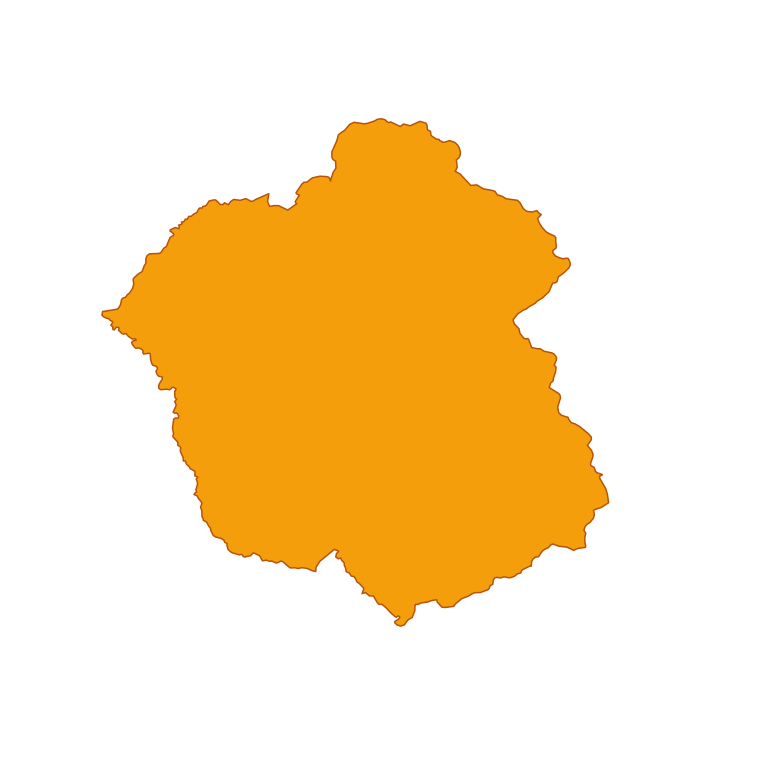 outline of Phuoc Son, Quàng Nam, Vietnam, rotated 323°
{"feature_id": "81297802B80912783182295", "entity_name": "Phuoc Son", "entity_type": "district", "adm_level": 2, "iso_a3": "VNM", "parent_name": "Vietnam", "parent_adm1": "Quàng Nam", "projection": "mercator", "projection_center": [107.809, 15.387], "detail": "fine", "context": "isolated", "style": "filled", "palette": "amber", "viewbox_px": 768, "rotation_deg": 323, "n_neighbors": 0, "source": "geoboundaries", "source_scale": "gbopen_adm2", "svg_char_len": 6171}
<svg xmlns="http://www.w3.org/2000/svg" viewBox="0 0 768 768"><g transform="rotate(323 384 384)"><path d="M611.5,343.3L610.5,340.2L610.4,337.5L606.3,336.0L602.7,332.9L601.6,331.1L600.8,327.8L601.7,321.1L601.2,317.7L593.1,309.6L591.3,305.2L588.3,301.1L588.6,297.0L586.9,294.5L580.7,287.8L578.0,280.9L572.8,277.6L571.1,261.8L568.9,257.1L572.9,255.0L576.7,248.5L579.8,248.5L582.8,246.9L584.7,244.6L586.2,240.6L586.6,237.4L585.9,233.5L582.8,229.0L578.0,227.4L576.2,226.2L576.2,225.0L575.0,223.5L575.1,221.7L573.2,220.0L571.3,214.5L571.3,213.5L573.2,210.2L571.7,207.2L574.1,203.1L574.4,200.8L570.8,195.9L560.3,193.5L555.9,188.0L552.5,188.3L551.8,187.8L547.1,178.8L544.7,177.8L543.8,173.4L541.4,170.5L537.9,168.6L534.6,168.2L527.2,165.7L524.6,164.1L517.6,157.0L512.9,156.0L505.6,157.6L498.6,157.5L497.1,157.9L492.6,161.4L482.1,167.2L478.8,171.6L478.4,174.1L479.4,177.0L475.5,182.7L471.3,184.1L465.2,188.2L463.3,190.1L464.3,187.0L464.2,185.4L462.4,183.3L457.9,179.5L450.8,176.2L444.0,176.4L441.3,174.7L438.8,174.9L428.9,178.3L428.6,179.4L429.9,182.3L423.1,184.8L422.5,185.9L422.7,187.5L411.8,187.2L407.2,178.2L403.8,175.5L399.6,173.4L400.7,168.3L406.4,162.9L406.2,162.6L392.6,159.4L388.8,158.9L387.6,157.9L385.5,153.3L384.4,152.4L379.7,150.8L375.1,146.2L371.6,146.0L367.6,147.1L365.6,143.3L363.4,143.8L361.2,141.9L360.5,136.2L359.4,134.8L354.6,132.6L349.7,134.3L347.9,134.2L346.4,133.2L344.5,134.0L342.9,132.6L342.0,132.5L337.3,134.5L335.0,133.8L331.0,134.0L328.9,132.7L326.1,133.9L324.5,132.8L322.1,133.9L319.7,132.9L319.2,134.4L318.6,134.6L315.6,133.6L315.2,135.2L313.8,136.5L311.4,133.4L306.2,132.3L305.2,133.0L306.2,136.3L306.0,138.2L304.7,138.6L301.4,138.2L292.9,143.2L289.9,143.0L284.9,144.8L282.8,144.3L275.1,138.9L271.8,139.0L269.3,140.6L266.5,144.2L263.3,145.5L258.6,148.6L253.8,148.2L247.4,148.9L246.3,150.0L244.4,153.4L241.0,156.2L235.2,158.3L232.5,158.2L230.2,159.2L227.4,158.3L225.4,158.5L221.2,162.1L218.0,163.5L215.9,163.7L202.9,156.8L200.2,159.2L200.4,161.4L201.8,164.2L203.5,166.3L203.6,168.3L204.6,170.5L204.3,171.6L201.3,172.7L201.8,175.4L200.6,176.6L200.5,177.8L201.2,178.4L204.5,177.6L205.8,178.9L206.1,180.0L204.3,181.4L205.0,185.8L205.9,187.3L208.3,188.5L208.5,191.9L209.8,196.1L210.2,196.8L212.3,198.0L212.8,198.9L212.3,199.8L209.5,198.6L208.5,198.5L207.3,199.3L206.8,201.3L207.0,205.2L207.3,206.0L209.9,207.7L211.5,210.8L211.5,212.4L210.2,214.0L210.1,215.4L214.8,218.0L215.5,219.1L212.5,223.7L210.7,228.5L210.6,229.7L212.7,232.8L212.8,234.6L212.2,235.5L209.5,236.7L208.6,239.8L208.7,242.2L210.6,244.2L211.0,245.3L209.7,246.8L205.1,248.4L203.0,249.8L201.7,251.6L201.7,252.7L202.3,254.2L207.2,257.3L209.4,259.6L213.3,259.4L214.4,261.0L214.9,263.0L212.5,263.9L211.4,265.2L208.9,269.2L209.2,271.3L206.1,272.2L205.7,275.0L204.7,276.3L198.7,279.5L199.0,281.0L201.2,282.8L200.9,286.1L199.0,287.4L196.7,285.5L195.0,285.5L188.5,291.9L186.2,296.8L184.0,298.6L183.7,299.9L184.3,306.4L182.4,309.0L183.3,311.0L183.3,312.3L180.7,315.4L179.4,321.6L177.5,324.7L178.9,326.0L178.0,329.2L178.6,332.9L178.3,335.1L180.4,339.7L180.1,340.6L177.7,343.4L179.1,346.2L176.7,347.1L176.2,349.2L174.9,351.7L170.2,355.2L169.3,357.5L167.0,357.4L165.8,358.0L167.4,360.8L166.9,363.9L167.1,369.0L166.2,370.1L163.4,371.9L162.2,375.6L158.7,380.6L158.6,382.8L157.7,384.1L159.2,387.6L158.5,392.1L158.6,394.7L157.5,396.8L156.5,402.3L157.4,404.8L160.9,409.2L162.2,412.4L161.5,414.3L162.6,417.1L161.4,418.3L159.9,422.3L160.7,426.5L161.6,428.1L165.6,433.3L167.9,434.6L167.8,437.1L168.3,438.1L174.3,440.9L177.3,440.2L178.3,440.5L181.2,446.1L181.2,448.3L180.6,450.1L180.7,452.2L183.9,453.8L186.2,457.1L187.8,457.7L190.0,462.0L192.4,463.0L194.8,463.2L196.1,464.5L198.3,474.3L202.7,477.6L204.3,479.7L207.4,481.0L209.7,483.0L211.8,485.4L214.5,490.2L216.6,492.6L219.7,489.3L226.1,487.0L244.7,486.2L246.7,489.2L247.0,490.2L246.7,490.6L244.0,490.8L241.4,493.1L242.3,496.1L244.6,496.9L244.1,499.3L244.5,502.9L243.0,505.3L242.8,507.2L240.9,511.2L242.5,514.2L242.3,517.7L244.1,519.6L244.1,522.2L243.3,525.8L244.2,528.4L244.9,535.1L240.5,538.2L243.8,539.5L244.7,544.3L248.0,547.0L247.1,554.4L247.3,556.7L249.8,558.9L251.0,564.0L251.8,571.7L253.0,576.8L253.5,577.6L255.5,577.7L256.3,578.7L256.3,579.7L254.8,580.4L249.7,580.2L248.9,581.2L249.4,584.3L251.7,587.4L255.3,588.6L261.2,586.8L266.0,587.4L272.1,583.7L275.0,580.1L276.5,579.0L278.6,580.5L281.9,581.2L287.6,584.4L291.9,585.7L296.2,588.0L295.3,590.3L295.9,596.9L298.2,599.2L305.8,603.5L308.9,602.6L317.2,602.2L323.2,604.1L329.4,604.8L332.3,606.2L335.3,608.5L343.5,610.9L345.0,610.6L347.3,609.0L350.4,609.4L353.1,606.5L355.8,605.4L357.9,606.5L360.2,608.9L363.9,610.3L367.1,613.9L368.7,614.9L372.6,616.1L376.3,615.9L379.4,617.2L382.1,615.6L390.5,617.1L391.9,618.0L395.3,614.5L397.9,613.4L400.9,613.5L403.4,614.9L409.6,612.8L413.2,612.8L416.4,613.6L421.0,612.9L422.7,613.5L425.9,618.6L431.9,624.4L435.4,631.0L439.7,631.9L446.5,635.7L447.6,634.7L449.2,631.3L451.7,627.7L455.3,624.6L455.5,621.3L458.6,619.0L461.7,618.2L465.2,618.5L470.6,617.2L473.5,614.8L475.3,611.1L477.1,611.2L483.2,613.4L491.9,614.0L495.8,607.0L498.0,601.5L499.6,589.0L501.0,587.4L503.5,587.9L503.8,587.6L500.6,582.8L500.4,581.0L501.6,577.0L500.2,573.8L500.3,572.9L501.4,571.6L507.1,567.7L508.7,565.9L509.8,561.8L509.5,555.4L515.5,553.5L516.8,552.5L517.7,550.6L517.3,546.7L514.8,536.4L512.7,531.0L510.3,527.6L510.2,523.6L510.9,521.4L506.9,515.8L506.3,512.0L508.9,506.9L516.5,501.4L517.7,499.2L517.9,497.4L517.5,496.0L513.8,486.3L517.5,483.6L520.9,483.3L523.7,480.7L528.3,477.6L531.5,474.2L531.4,471.4L536.2,468.4L537.4,467.2L537.9,465.6L537.8,462.3L536.8,460.2L531.5,454.1L530.0,449.9L528.1,448.5L523.9,443.8L526.4,435.1L526.1,434.2L524.0,433.1L523.2,431.3L523.1,425.4L525.0,421.2L524.3,414.6L525.3,411.1L525.9,410.4L533.0,408.5L539.7,408.8L542.6,409.7L546.8,409.6L553.0,410.5L556.3,410.0L562.3,410.6L571.4,409.6L579.2,405.0L582.1,406.4L583.7,406.4L587.8,403.3L594.2,403.5L601.5,402.6L604.3,401.1L605.7,399.1L606.6,394.8L605.4,393.3L602.4,391.8L600.2,389.0L598.0,385.0L597.8,380.9L599.3,379.0L603.0,379.0L604.4,378.0L606.9,373.5L609.2,370.6L609.3,368.6L606.2,362.9L605.0,359.7L604.5,353.6L604.9,348.9L606.2,344.3L611.5,343.3Z" fill="#f59e0b" stroke="#b45309" stroke-width="1.5"/></g></svg>